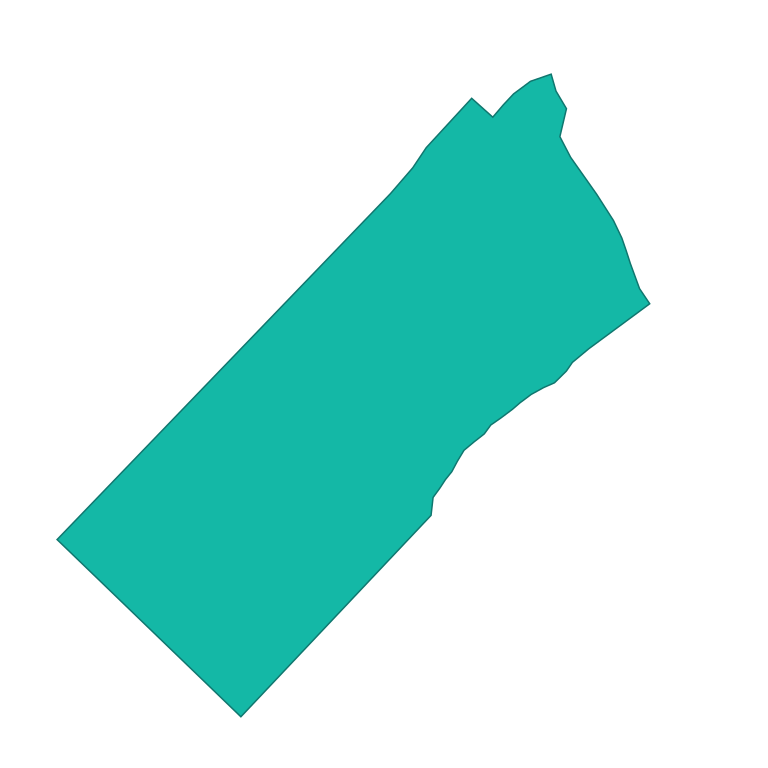 the district of Capital, Mendoza, Argentina, rotated 314°
{"feature_id": "61730980B70316540328463", "entity_name": "Capital", "entity_type": "district", "adm_level": 2, "iso_a3": "ARG", "parent_name": "Argentina", "parent_adm1": "Mendoza", "projection": "equal_earth", "projection_center": [-68.858, -32.881], "detail": "fine", "context": "isolated", "style": "filled", "palette": "teal", "viewbox_px": 768, "rotation_deg": 314, "n_neighbors": 0, "source": "geoboundaries", "source_scale": "gbopen_adm2", "svg_char_len": 673}
<svg xmlns="http://www.w3.org/2000/svg" viewBox="0 0 768 768"><g transform="rotate(314 384 384)"><path d="M708.8,324.0L714.2,304.2L723.0,289.0L703.5,279.1L682.7,275.7L668.1,275.9L651.5,276.9L650.4,248.6L583.4,250.2L559.5,254.5L525.3,256.4L45.0,256.9L45.2,512.2L322.2,509.1L336.5,498.1L348.0,496.5L357.9,494.6L368.0,493.7L379.6,490.4L391.9,487.6L404.9,489.0L417.8,490.8L428.7,489.3L440.9,491.7L455.2,494.0L465.0,494.9L478.7,497.1L492.3,501.3L503.3,505.8L520.0,506.2L530.4,504.5L551.5,506.8L626.3,519.4L630.1,501.6L641.9,477.3L648.1,465.7L654.2,453.7L661.0,435.5L668.2,405.3L676.7,360.8L684.1,338.7L708.8,324.0Z" fill="#14b8a6" stroke="#0f766e" stroke-width="1.5"/></g></svg>